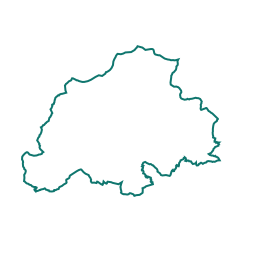 Valea Lunga, Dâmbovita, Romania (orthographic projection), rotated 193°
{"feature_id": "2599482B2007717894354", "entity_name": "Valea Lunga", "entity_type": "district", "adm_level": 2, "iso_a3": "ROU", "parent_name": "Romania", "parent_adm1": "Dâmbovita", "projection": "orthographic", "projection_center": [25.56, 45.063], "detail": "fine", "context": "isolated", "style": "outline", "palette": "teal", "viewbox_px": 256, "rotation_deg": 193, "n_neighbors": 0, "source": "geoboundaries", "source_scale": "gbopen_adm2", "svg_char_len": 5673}
<svg xmlns="http://www.w3.org/2000/svg" viewBox="0 0 256 256"><g transform="rotate(193 128 128)"><path d="M137.1,209.8L137.5,208.4L138.3,207.2L139.1,205.5L142.0,202.7L147.6,201.0L149.3,199.5L151.5,198.3L154.8,197.9L155.3,197.2L156.0,195.3L156.1,194.1L156.6,192.8L157.0,190.9L157.2,189.5L156.8,185.9L157.5,182.8L158.5,180.7L159.8,179.1L161.5,177.6L162.1,177.4L162.3,175.9L164.9,172.9L168.3,172.8L171.1,170.5L174.9,166.7L177.7,164.6L181.1,163.0L183.0,162.6L186.3,162.7L187.8,163.1L189.0,162.9L189.5,163.2L192.9,164.0L193.7,163.8L194.1,161.8L194.5,161.3L195.9,160.4L197.5,157.9L198.4,156.9L198.7,155.8L199.0,155.3L197.4,150.6L196.1,148.5L199.8,146.5L201.0,146.1L201.4,145.6L202.3,145.2L202.6,144.8L202.6,144.2L203.7,143.9L204.1,143.0L204.7,142.5L205.6,140.9L205.5,139.9L205.7,139.4L205.6,138.4L205.7,137.8L205.5,136.5L205.8,135.8L205.6,135.0L206.2,134.6L206.5,134.0L207.1,133.7L207.2,133.3L206.7,132.7L206.7,132.1L207.1,129.8L207.7,128.8L205.1,125.5L205.6,124.3L205.6,123.1L205.9,122.5L206.1,121.5L206.9,120.2L206.9,117.0L208.2,115.8L209.0,114.7L209.0,114.4L209.7,113.7L210.3,112.2L211.5,111.5L211.8,110.1L213.0,109.1L212.3,108.3L211.5,106.9L211.5,104.2L212.0,101.9L212.7,101.0L212.4,99.7L213.2,98.5L213.7,95.5L210.7,92.6L210.8,91.8L209.7,90.8L209.9,90.0L209.8,89.1L208.9,87.8L205.1,85.5L206.0,84.5L206.2,83.4L207.6,82.5L209.1,82.0L209.7,81.4L211.1,80.6L213.5,79.8L218.0,80.0L219.9,81.5L220.7,81.7L221.4,81.5L222.7,80.0L223.8,78.1L224.4,76.8L224.6,75.9L224.5,75.7L224.2,73.6L223.1,72.3L222.5,71.1L222.6,70.4L222.4,69.5L221.5,66.8L220.2,65.7L219.9,64.7L218.6,64.1L217.9,63.1L217.9,61.2L218.6,59.0L217.7,56.1L217.3,52.8L216.7,52.7L214.8,51.5L213.9,51.2L212.4,51.2L211.5,50.6L209.5,50.5L208.3,49.6L206.3,49.4L204.8,49.7L203.6,49.4L203.6,49.0L205.4,47.2L204.9,46.3L203.8,45.6L203.8,46.2L203.5,46.5L202.9,46.0L202.3,46.2L200.9,47.0L200.1,47.8L199.3,48.0L199.0,48.5L196.5,49.6L195.7,50.4L195.2,50.4L194.0,49.4L193.0,49.5L192.2,49.2L191.2,49.5L190.4,48.6L187.9,49.0L186.0,49.8L186.1,50.7L185.9,51.0L184.6,51.1L183.2,52.4L181.9,52.9L181.7,54.6L181.4,55.1L179.2,56.8L177.9,58.5L175.8,60.4L175.6,61.1L176.5,63.3L176.4,63.9L174.3,65.7L173.9,66.5L174.0,68.0L173.7,68.7L168.2,74.4L166.4,76.0L164.7,77.0L164.1,77.0L161.4,75.0L159.1,73.9L155.8,73.3L154.8,72.0L153.6,71.1L152.3,69.3L152.3,68.0L151.4,66.8L150.7,66.6L148.6,67.2L146.3,67.3L146.0,68.8L145.4,68.8L141.6,67.2L140.0,66.9L139.8,67.5L140.0,68.3L139.3,68.9L139.1,69.3L139.8,70.0L139.8,70.4L138.6,69.6L136.6,68.9L136.1,69.3L136.1,70.5L135.8,71.1L132.1,71.4L130.7,71.1L124.6,71.1L121.9,73.7L122.1,71.8L122.1,68.7L121.8,68.3L121.3,66.8L120.2,64.8L120.3,63.5L119.8,63.1L118.4,62.6L117.0,62.5L116.3,62.8L113.8,63.0L112.5,63.6L111.7,64.8L110.8,65.0L108.0,64.6L107.4,64.3L106.7,63.4L106.3,63.4L105.1,64.3L101.6,65.5L99.3,68.0L99.2,68.3L99.4,69.4L99.8,71.5L100.3,72.5L99.8,72.8L99.7,73.1L99.2,73.2L98.7,73.8L98.1,74.1L97.6,75.0L96.7,75.6L91.1,78.8L91.7,80.1L92.0,79.8L92.5,80.0L92.3,80.6L93.7,80.7L93.8,80.9L93.2,81.6L93.7,82.2L93.7,82.7L94.3,82.8L94.5,83.1L94.6,83.5L94.3,84.3L94.6,84.7L97.6,85.2L97.9,84.9L97.4,84.5L97.7,84.0L98.0,84.0L98.8,84.4L98.9,85.1L99.1,85.3L99.4,85.0L99.1,84.4L99.3,84.1L100.1,84.7L100.7,86.5L101.8,87.1L103.0,87.2L102.9,88.7L103.8,90.1L104.2,90.2L104.8,89.8L105.1,90.1L105.1,90.8L104.9,91.0L104.8,91.5L104.5,91.9L104.4,92.5L104.5,93.1L105.6,93.6L104.7,94.6L105.5,94.8L105.9,95.2L105.5,96.2L105.5,96.9L105.2,97.7L103.6,98.8L101.7,98.1L98.8,97.5L97.7,98.0L96.1,97.3L95.0,97.2L94.5,96.6L93.9,96.5L92.9,95.7L90.8,94.7L90.0,93.8L89.2,92.3L89.3,92.1L86.6,91.0L85.3,89.6L83.8,89.5L80.4,90.7L76.6,90.7L75.9,92.1L76.0,93.4L75.8,94.1L75.9,94.7L75.6,96.3L75.1,97.0L74.8,96.2L74.2,96.1L73.4,96.4L73.3,97.6L72.3,99.4L72.3,100.5L71.7,101.7L72.6,102.0L72.4,102.6L72.1,103.0L70.0,102.2L69.9,102.6L70.3,105.4L69.6,107.1L69.5,108.3L66.9,110.2L66.8,110.5L66.9,111.3L66.0,111.6L65.8,111.8L65.9,112.1L65.2,111.8L64.2,110.2L64.8,108.9L63.6,108.8L62.7,109.7L61.8,109.9L61.5,109.9L61.0,109.3L59.2,109.7L58.7,109.3L58.4,108.7L56.7,107.5L54.2,108.7L53.9,109.5L53.2,107.6L52.6,107.0L51.5,107.3L50.8,108.3L50.7,109.0L50.0,109.4L49.4,110.4L48.7,110.6L47.0,109.9L46.4,110.6L45.2,111.5L44.3,111.8L43.8,112.4L43.7,113.0L42.5,113.8L39.0,114.2L38.2,113.9L37.4,114.4L35.8,114.6L33.5,116.5L31.4,117.1L33.1,119.0L33.7,119.4L34.5,119.5L35.0,119.9L35.8,119.8L36.7,120.4L36.9,120.0L37.9,119.9L39.1,120.3L39.9,120.0L42.1,120.1L43.5,120.8L41.3,122.5L40.6,124.3L40.0,125.2L40.0,126.8L39.2,128.0L38.9,129.0L35.9,131.1L36.2,132.6L37.1,133.3L37.0,133.5L36.3,133.4L36.6,133.8L36.2,134.3L37.8,134.0L38.6,133.5L38.7,134.2L39.2,134.0L40.6,134.1L40.6,134.7L40.8,135.3L40.4,136.0L40.7,136.4L40.6,137.5L43.0,137.9L43.1,139.2L43.8,140.4L44.5,142.6L44.5,143.7L45.1,146.1L45.4,149.2L45.4,151.3L44.8,152.7L43.3,154.4L43.2,154.9L42.9,155.1L43.0,156.1L42.5,156.7L42.4,157.0L42.5,157.2L49.2,161.2L50.4,161.5L52.3,162.5L53.2,162.6L55.5,164.8L56.0,165.1L56.5,165.0L57.8,164.0L58.3,163.8L60.5,162.2L61.0,162.2L61.6,163.1L61.8,165.6L62.4,167.1L62.0,168.6L62.2,169.0L62.1,170.4L64.2,172.5L66.1,172.9L67.6,172.6L68.8,172.7L72.2,170.9L74.3,170.2L74.8,169.6L76.7,169.8L77.2,169.1L79.2,168.3L82.1,168.6L82.8,168.8L83.9,169.8L84.2,170.9L84.7,171.8L84.7,173.3L84.2,174.3L84.1,175.0L84.7,176.4L87.0,178.4L88.4,179.1L89.0,179.0L89.9,179.3L92.5,178.6L96.1,179.9L96.8,181.8L97.3,187.3L97.6,188.8L97.1,190.0L97.1,191.3L96.7,192.0L96.0,192.5L94.4,195.6L94.4,197.5L94.7,198.8L93.8,200.5L93.9,201.7L94.8,204.3L94.4,206.1L96.5,204.9L98.2,204.3L98.9,204.4L101.5,203.7L102.7,203.9L104.6,203.7L107.9,203.9L113.4,206.0L114.9,205.7L117.9,205.8L118.6,206.2L119.2,206.8L120.6,209.7L121.7,210.4L123.2,210.2L128.6,208.0L132.0,209.6L137.1,209.8Z" fill="none" stroke="#0f766e" stroke-width="2"/></g></svg>